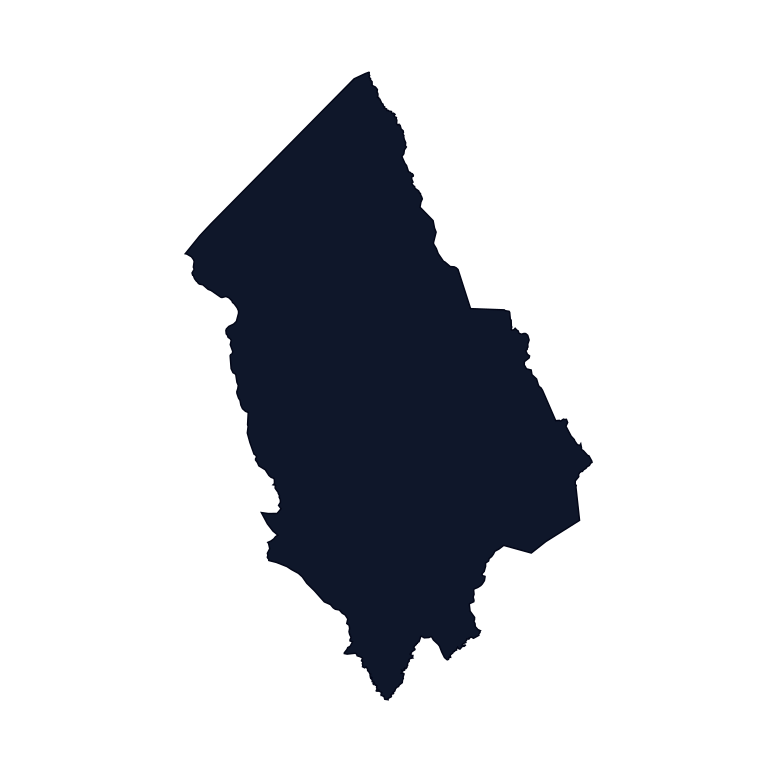 Mwingi East, Eastern, Kenya (Mercator projection), rotated 250°
{"feature_id": "3690345B72019855775224", "entity_name": "Mwingi East", "entity_type": "district", "adm_level": 2, "iso_a3": "KEN", "parent_name": "Kenya", "parent_adm1": "Eastern", "projection": "mercator", "projection_center": [38.382, -0.927], "detail": "fine", "context": "isolated", "style": "filled", "palette": "ink", "viewbox_px": 768, "rotation_deg": 250, "n_neighbors": 0, "source": "geoboundaries", "source_scale": "gbopen_adm2", "svg_char_len": 6142}
<svg xmlns="http://www.w3.org/2000/svg" viewBox="0 0 768 768"><g transform="rotate(250 384 384)"><path d="M574.4,241.8L573.5,243.2L569.4,246.6L565.8,247.6L564.0,247.5L559.0,244.8L556.8,244.9L554.0,241.6L551.7,241.4L551.4,242.0L547.8,242.0L544.5,243.0L543.7,243.7L542.8,243.7L541.1,244.6L539.2,247.7L533.1,251.1L531.0,253.5L521.4,260.3L520.7,261.3L520.3,265.4L518.3,267.6L514.4,269.5L512.4,269.6L510.6,270.7L505.8,272.1L502.5,272.3L500.2,271.5L493.3,266.7L491.7,263.1L491.2,257.9L489.6,254.7L488.3,253.7L485.0,252.9L483.7,253.5L481.1,253.5L479.3,254.9L477.3,255.4L473.5,253.0L466.3,253.0L464.4,251.7L464.0,249.9L463.2,249.1L450.7,245.6L446.3,246.0L444.4,247.6L443.3,247.9L435.9,246.4L432.6,246.6L429.6,245.0L427.2,243.1L425.5,242.6L420.5,242.5L417.8,243.1L413.1,242.3L409.2,242.6L405.7,244.5L403.7,246.7L392.4,241.9L390.6,241.8L384.7,238.8L374.8,238.0L362.5,237.9L361.1,239.0L359.1,239.4L357.6,237.7L356.5,237.3L353.5,238.2L349.9,238.4L344.0,243.1L337.4,244.6L334.9,246.0L333.0,248.2L331.4,248.2L327.9,247.0L327.2,245.4L326.1,247.3L325.5,247.4L324.5,246.5L323.1,246.1L317.8,247.6L317.3,247.2L314.9,247.6L313.5,246.8L310.7,247.0L308.2,246.2L306.0,243.4L302.0,244.6L298.9,239.3L301.8,231.0L305.1,224.8L292.5,226.6L283.7,229.4L278.3,232.6L277.6,229.8L276.1,227.4L275.1,223.9L274.9,220.6L273.7,221.0L268.3,220.3L264.8,216.5L262.8,216.3L261.1,215.1L260.3,215.2L258.5,215.8L257.6,215.4L257.2,215.9L253.2,221.8L245.6,230.4L241.3,233.6L235.4,238.8L230.7,241.3L223.2,243.3L213.8,247.8L199.7,253.4L195.0,258.3L191.1,259.7L189.0,261.2L186.9,264.8L183.0,266.3L180.3,268.5L175.6,269.6L171.7,267.1L169.2,268.7L166.1,268.1L163.2,266.4L160.4,266.1L157.1,266.4L155.3,264.6L154.2,264.2L152.5,266.3L149.1,262.5L148.7,259.8L147.2,258.4L145.0,254.8L144.3,254.5L142.8,257.0L140.9,264.7L139.8,265.9L137.8,265.8L135.9,268.3L134.1,269.9L133.2,269.8L131.9,268.3L131.4,268.2L131.0,268.7L129.7,269.0L128.6,268.0L126.7,267.8L125.7,267.1L123.9,268.8L124.2,270.4L122.0,271.1L120.2,270.6L119.0,271.3L116.8,271.6L116.0,272.2L115.5,271.4L112.9,270.9L112.3,270.9L112.8,271.7L112.3,272.2L111.3,271.4L109.6,271.7L108.4,271.1L107.3,272.3L106.0,271.2L105.4,271.5L106.2,272.5L103.9,272.8L104.0,273.4L102.9,274.1L101.1,273.1L99.7,273.3L98.7,271.9L98.1,271.8L97.3,273.6L98.0,274.4L96.8,274.7L94.8,276.3L93.5,275.1L92.3,274.8L91.9,275.9L90.9,276.4L90.6,277.1L87.5,276.9L85.9,279.9L87.1,280.2L87.6,283.8L88.2,284.3L89.3,283.9L90.1,286.3L89.8,286.9L90.2,287.3L91.1,286.9L91.8,289.1L93.9,290.8L94.8,293.1L94.7,294.1L96.0,295.5L97.1,299.0L99.4,300.1L100.8,301.5L102.0,301.6L104.7,303.7L105.4,303.4L106.2,301.3L107.3,302.8L108.8,302.8L108.0,303.8L108.1,305.5L108.4,305.8L109.3,305.3L110.0,306.3L109.2,307.4L109.9,308.6L110.4,308.6L111.5,310.0L112.6,310.2L114.1,311.2L114.9,312.9L116.4,313.2L117.1,314.7L116.7,317.4L117.8,317.0L118.5,318.2L119.0,318.3L119.1,317.6L121.3,316.2L121.8,317.7L122.4,317.8L122.9,318.8L123.8,322.2L124.4,322.4L126.2,321.8L127.5,323.3L128.2,325.2L128.9,325.5L128.9,326.6L129.7,327.4L129.9,328.8L134.1,332.1L134.2,333.0L131.7,335.0L130.4,339.5L130.6,341.9L129.7,342.4L126.6,342.9L120.9,345.8L118.7,346.5L112.5,346.6L106.3,347.3L103.4,348.9L103.1,349.4L103.3,350.5L105.0,351.9L104.4,353.1L106.3,353.4L106.8,353.9L107.8,356.8L108.8,357.6L108.6,358.7L109.2,359.1L109.2,361.2L110.0,361.4L111.5,363.1L109.7,363.7L108.9,364.7L110.7,368.0L110.1,369.6L110.6,371.0L111.1,370.8L111.0,369.6L112.0,368.0L113.0,369.5L113.1,372.5L114.4,372.4L114.8,373.7L116.1,374.9L115.3,376.4L115.5,377.0L116.2,377.1L116.3,379.7L114.5,381.0L114.5,381.5L115.4,387.2L116.7,387.5L117.6,389.1L118.1,389.5L118.8,389.2L119.2,390.2L121.2,388.2L124.9,386.8L127.7,387.6L130.4,387.3L131.5,388.4L133.7,389.3L141.1,387.2L147.9,388.8L148.3,389.3L148.7,393.9L150.0,394.6L153.3,394.9L155.6,396.7L159.6,397.7L160.6,398.6L160.7,402.4L161.5,406.0L162.5,408.0L164.9,411.1L168.4,413.1L168.9,413.0L169.4,411.9L170.5,411.0L172.1,411.1L173.6,414.0L177.9,417.1L181.0,418.2L181.9,421.7L184.0,423.1L185.0,426.1L186.7,428.6L188.9,430.9L189.6,435.6L191.4,441.3L174.8,464.6L180.6,482.2L189.0,521.1L221.5,529.1L223.0,530.0L224.2,529.3L227.5,530.6L230.3,535.3L232.3,535.8L233.8,537.5L234.3,539.5L234.0,540.6L235.1,542.1L235.7,544.9L236.8,546.5L237.2,549.1L238.9,551.1L239.2,552.7L240.5,552.9L246.4,552.0L247.3,550.9L253.0,548.6L255.2,547.0L256.2,547.7L260.5,548.4L259.6,547.3L259.6,546.4L261.0,544.9L265.0,543.8L266.7,543.8L271.0,542.0L282.1,540.5L285.0,543.4L288.4,543.3L288.8,541.7L289.6,540.6L288.7,537.2L289.8,536.4L290.8,532.8L323.8,530.8L326.7,530.2L328.5,528.9L330.5,528.7L336.5,529.1L342.2,526.2L346.8,527.1L349.5,523.1L354.0,522.3L357.0,523.6L358.9,529.3L360.6,530.4L362.9,528.9L366.8,528.6L367.6,530.4L368.8,530.9L369.5,531.9L372.3,532.7L375.7,535.4L380.6,535.7L382.9,534.4L383.6,532.9L383.8,530.1L385.5,528.2L388.1,528.2L389.1,527.3L391.5,526.3L390.5,524.5L391.0,522.4L391.7,522.0L393.8,523.6L394.9,523.5L400.5,525.3L401.9,524.9L408.3,526.6L409.5,526.4L411.4,523.0L412.5,522.4L425.2,491.1L466.3,492.7L468.6,491.5L470.1,490.0L471.7,486.4L477.6,483.1L479.1,481.8L488.0,479.5L493.4,479.5L498.5,478.5L500.0,478.9L508.9,484.9L513.3,484.8L520.7,486.0L537.8,478.3L542.3,480.9L544.8,483.3L546.7,483.4L549.2,483.1L550.6,483.4L551.6,482.7L553.5,482.6L557.3,480.0L559.2,480.3L560.0,479.5L562.7,478.7L563.3,479.0L563.8,480.3L567.1,480.1L569.4,481.1L569.2,482.4L570.2,483.0L571.9,482.5L572.7,481.4L573.7,481.1L575.2,479.6L581.6,479.9L584.1,479.1L591.6,478.6L593.6,481.4L597.0,483.2L599.1,486.1L600.7,485.6L603.3,486.9L607.0,486.7L609.7,487.1L610.7,487.7L612.5,487.1L613.7,488.3L615.4,488.6L617.7,487.3L621.6,487.6L622.0,487.0L622.9,486.9L622.7,485.5L624.4,484.9L627.5,486.3L629.1,486.2L630.2,486.8L631.2,485.6L632.7,485.3L633.6,486.6L635.2,485.6L635.3,484.6L636.2,484.0L637.5,484.2L638.9,481.8L639.6,481.6L640.0,480.4L641.6,480.5L643.2,478.6L644.1,479.4L645.2,478.5L647.4,478.7L648.4,477.9L653.2,477.5L654.1,476.7L655.1,477.0L655.6,475.9L657.7,477.2L659.4,477.6L660.4,477.2L663.0,478.5L666.0,477.5L668.6,475.0L672.2,476.2L674.4,475.2L675.3,475.8L677.8,474.9L678.6,476.0L680.0,475.9L681.8,476.7L682.1,476.3L682.1,472.7L681.0,460.3L593.6,276.0L586.3,261.6L574.4,241.8Z" fill="#0f172a" stroke="#020617" stroke-width="1.5"/></g></svg>